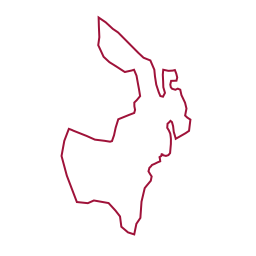 outline of Södertälje, Stockholm, Sweden, rotated 10°
{"feature_id": "70781695B28053547140840", "entity_name": "Södertälje", "entity_type": "district", "adm_level": 2, "iso_a3": "SWE", "parent_name": "Sweden", "parent_adm1": "Stockholm", "projection": "albers", "projection_center": [17.571, 59.144], "detail": "fine", "context": "isolated", "style": "outline", "palette": "rose", "viewbox_px": 256, "rotation_deg": 10, "n_neighbors": 0, "source": "geoboundaries", "source_scale": "gbopen_adm2", "svg_char_len": 1594}
<svg xmlns="http://www.w3.org/2000/svg" viewBox="0 0 256 256"><g transform="rotate(10 128 128)"><path d="M69.9,139.1L67.5,151.7L67.4,167.1L76.0,185.5L90.5,209.8L91.7,209.7L101.5,209.0L107.0,205.3L121.9,205.3L130.0,211.5L135.5,216.5L138.6,226.4L146.1,230.8L152.6,231.7L152.9,220.9L155.8,214.4L154.1,198.2L154.9,184.3L156.6,181.2L159.6,176.0L159.7,171.6L157.8,169.6L155.7,167.1L156.0,163.5L157.3,161.7L158.0,160.3L160.4,158.7L163.1,156.7L165.5,155.2L164.9,153.1L164.1,151.2L165.6,149.8L165.7,148.0L166.6,148.0L167.2,148.7L170.2,148.9L172.5,147.7L173.8,145.4L173.0,136.3L172.2,131.5L171.6,129.3L170.6,126.2L168.6,123.2L166.6,121.0L166.2,116.9L167.2,115.7L168.6,113.6L170.3,114.6L172.1,118.4L173.7,123.8L176.8,130.0L176.9,130.3L179.6,128.1L185.6,123.1L188.6,120.2L188.0,108.9L184.5,107.4L182.1,105.8L182.2,98.7L179.8,93.2L174.9,86.3L172.8,81.2L170.2,80.6L168.0,82.1L164.6,81.7L163.1,80.4L162.1,77.9L162.3,74.1L167.5,73.0L167.7,69.7L166.1,66.1L164.1,62.8L162.1,63.7L157.8,64.7L152.6,64.5L153.0,69.4L154.4,75.5L155.7,81.7L158.3,87.0L157.0,91.1L154.3,90.9L152.1,87.5L148.3,80.4L145.6,72.5L143.8,66.0L138.3,57.6L131.1,56.1L125.1,52.2L101.6,35.6L95.8,33.0L87.7,27.8L79.9,24.3L81.7,33.1L84.0,43.5L84.3,51.6L91.6,62.1L98.1,66.3L99.0,66.7L106.9,69.9L115.1,73.4L121.7,70.7L123.8,69.6L127.3,75.0L130.1,82.6L132.2,88.2L134.4,94.5L131.7,99.2L129.8,101.8L130.5,105.5L131.8,108.9L131.5,112.1L126.8,114.9L116.9,121.1L115.8,129.8L115.5,137.6L114.5,143.7L112.7,144.6L106.9,144.7L97.4,145.2L88.6,143.0L87.1,142.7L74.5,140.1L73.1,139.7L72.1,139.5L69.9,139.1Z" fill="none" stroke="#9f1239" stroke-width="2"/></g></svg>